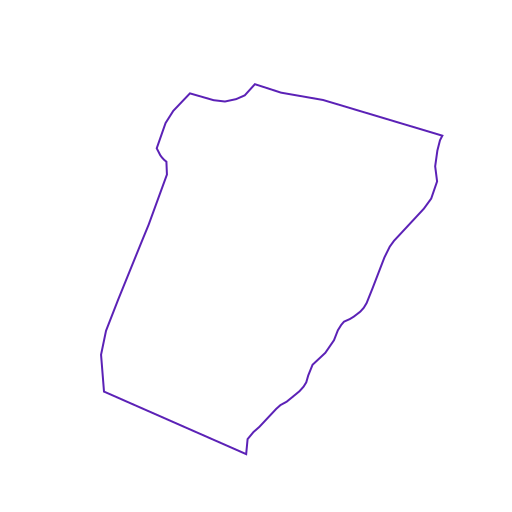 the border of Atlantique, rotated 204°
{"feature_id": "BEN-2174", "entity_name": "Atlantique", "entity_type": "Department", "adm_level": 1, "iso_a3": "BEN", "parent_name": "Benin", "parent_adm1": "", "projection": "robinson", "projection_center": [2.175, 6.604], "detail": "fine", "context": "isolated", "style": "outline", "palette": "violet", "viewbox_px": 512, "rotation_deg": 204, "n_neighbors": 0, "source": "natural_earth", "source_scale": "10m", "svg_char_len": 846}
<svg xmlns="http://www.w3.org/2000/svg" viewBox="0 0 512 512"><g transform="rotate(204 256 256)"><path d="M326.9,412.5L299.6,415.4L258.2,425.8L134.7,441.7L135.0,436.6L133.2,426.1L128.8,410.8L120.9,397.8L119.3,379.7L121.9,367.5L133.2,334.5L136.1,326.1L137.6,319.0L138.1,307.0L136.4,273.9L135.8,258.0L136.5,252.5L138.1,247.6L142.0,240.4L144.6,236.6L148.9,231.8L150.1,227.8L151.0,221.5L150.5,210.8L153.3,195.7L160.1,179.7L159.7,168.2L158.7,161.0L159.4,156.0L161.3,150.1L168.7,135.4L173.0,129.8L175.3,124.7L183.5,101.1L186.7,94.2L189.2,85.3L184.4,71.0L339.7,70.3L357.4,102.8L362.6,126.7L364.2,160.5L366.3,223.3L366.8,240.9L370.5,294.2L376.2,305.7L379.1,306.5L382.1,307.8L384.4,309.1L390.5,314.0L392.7,340.7L390.6,355.0L382.5,377.7L358.1,381.1L347.2,384.5L338.0,391.2L331.6,398.2L326.9,412.5Z" fill="none" stroke="#5b21b6" stroke-width="2"/></g></svg>